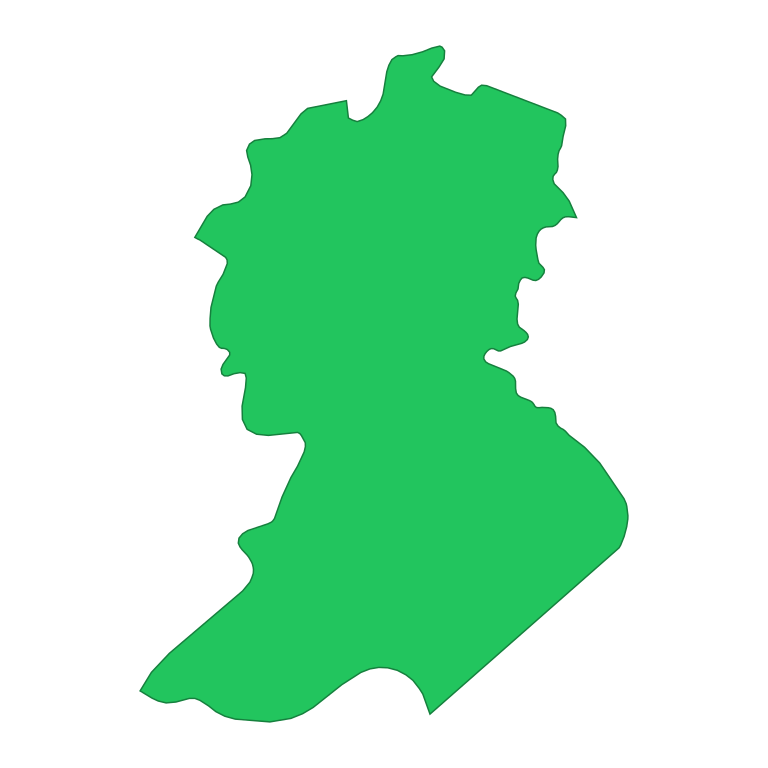 map outline of Sidi Bel Abbès (Mercator projection)
{"feature_id": "DZA-2146", "entity_name": "Sidi Bel Abbès", "entity_type": "Province", "adm_level": 1, "iso_a3": "DZA", "parent_name": "Algeria", "parent_adm1": "", "projection": "mercator", "projection_center": [-0.548, 34.822], "detail": "fine", "context": "isolated", "style": "filled", "palette": "green", "viewbox_px": 768, "rotation_deg": 0, "n_neighbors": 0, "source": "natural_earth", "source_scale": "10m", "svg_char_len": 3276}
<svg xmlns="http://www.w3.org/2000/svg" viewBox="0 0 768 768"><path d="M576.5,217.6L568.8,216.7L565.5,216.8L563.0,217.8L560.9,219.5L557.3,223.7L555.1,225.4L552.5,226.5L546.1,226.9L543.4,227.8L541.1,229.1L539.2,231.0L537.4,234.0L536.1,237.9L535.7,245.2L536.1,249.6L537.9,259.7L538.9,263.2L543.0,267.4L544.4,269.7L544.0,272.9L541.2,277.0L538.6,279.3L535.8,280.5L533.1,280.2L527.8,278.0L524.9,277.4L522.2,277.9L520.3,280.1L518.7,283.5L518.0,289.0L515.9,292.9L515.2,296.1L516.2,298.2L517.6,300.4L518.3,304.3L517.0,319.1L517.6,324.0L519.3,327.2L523.9,330.5L526.0,332.4L527.6,334.4L528.3,336.9L527.4,339.5L524.6,342.0L521.8,343.3L510.4,346.5L500.7,350.9L498.3,350.9L493.7,348.7L491.0,348.6L488.8,349.7L486.8,351.5L485.1,353.7L483.9,356.2L483.8,358.9L485.7,361.9L488.5,363.7L506.4,371.0L508.9,372.6L513.2,376.2L514.7,378.4L515.5,381.2L515.6,388.6L516.3,392.9L518.1,395.5L520.8,397.2L529.6,400.6L531.7,401.8L532.8,402.9L534.0,404.6L535.1,406.5L536.7,407.6L539.1,407.7L542.0,407.4L548.2,407.7L550.9,408.3L553.2,409.7L554.8,412.4L555.6,416.3L556.0,422.8L558.0,426.0L560.6,428.1L563.3,429.5L565.4,431.2L569.1,435.3L584.6,447.3L599.7,463.0L624.0,498.7L626.2,503.8L626.8,506.5L627.9,515.7L627.8,519.1L626.7,526.7L624.1,536.5L620.7,545.0L619.1,547.8L430.0,714.1L422.8,694.0L419.3,688.5L412.9,680.3L405.9,674.8L397.3,670.3L387.8,667.8L378.8,667.4L369.9,668.9L360.9,672.4L341.9,684.6L313.2,707.4L302.6,713.7L290.9,718.4L269.9,721.9L235.2,719.1L224.8,716.2L215.8,711.6L208.6,705.9L199.9,700.3L194.9,698.4L189.3,698.4L176.0,702.0L166.1,702.9L158.2,701.0L152.0,698.1L140.1,690.9L151.4,672.4L169.4,653.3L242.6,591.0L249.9,582.2L251.8,577.9L253.3,573.4L253.5,569.6L253.2,567.2L252.4,563.9L251.5,561.9L248.8,557.2L247.0,554.9L242.2,549.8L240.0,546.9L238.3,543.1L239.0,538.1L242.6,533.8L247.9,530.5L268.0,523.8L271.5,522.1L272.9,520.8L274.5,518.5L282.1,496.9L291.0,477.4L297.6,466.1L304.2,451.9L305.4,446.6L305.3,442.7L301.5,435.7L299.9,433.6L297.6,432.4L268.4,435.4L256.5,434.2L247.1,429.3L242.4,419.4L242.1,406.1L245.5,387.7L246.3,378.0L245.1,373.4L240.1,372.6L234.0,373.7L228.0,375.9L224.3,375.8L221.9,373.9L221.1,369.1L223.0,364.4L229.7,355.0L229.7,352.3L227.4,349.6L225.0,348.6L223.1,348.3L221.5,348.3L219.3,347.3L216.6,344.0L213.5,338.1L210.6,329.3L210.0,325.9L210.1,318.5L211.0,307.4L216.3,286.1L218.2,282.2L223.1,274.3L227.3,263.6L227.1,259.9L225.6,257.3L199.6,239.8L198.1,239.2L194.8,237.4L207.2,216.3L213.9,209.3L222.9,204.9L230.3,204.1L238.4,202.1L245.1,196.9L250.8,185.7L252.0,174.7L250.6,165.2L247.8,157.0L246.6,150.5L249.5,144.1L254.6,140.5L265.2,138.8L272.2,138.7L279.9,137.7L286.7,133.3L301.0,113.9L307.6,108.4L346.4,100.7L348.4,118.0L352.7,120.2L357.2,121.6L363.1,119.6L367.9,116.6L372.5,112.7L377.2,107.1L380.7,100.8L383.1,94.2L386.8,71.7L388.9,65.2L391.9,59.6L395.8,56.8L398.1,55.6L402.8,55.8L412.1,54.7L422.6,51.8L431.7,48.1L439.8,46.1L442.1,47.2L444.6,50.8L444.1,58.9L439.1,66.9L431.6,76.9L433.7,81.3L440.1,86.1L455.7,92.3L465.2,95.0L471.3,95.2L478.4,87.2L481.6,85.2L486.7,85.7L557.8,113.0L561.3,115.3L565.5,119.0L565.7,125.8L563.1,136.4L561.6,145.8L560.5,148.2L559.1,150.6L558.1,154.2L557.6,159.1L558.0,166.6L557.4,170.0L556.4,172.4L554.7,174.1L553.1,176.3L552.8,179.6L554.2,183.8L563.1,192.7L569.2,201.1L576.5,217.6Z" fill="#22c55e" stroke="#15803d" stroke-width="1.5"/></svg>